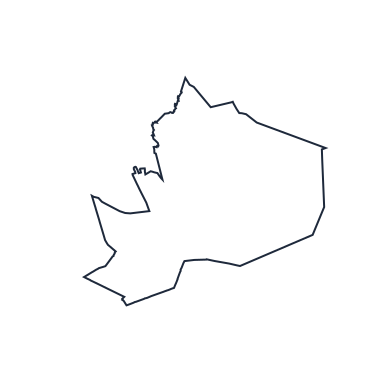 Tlalnepantla, Morelos, Mexico, rotated 148°
{"feature_id": "50627088B24225931260184", "entity_name": "Tlalnepantla", "entity_type": "district", "adm_level": 2, "iso_a3": "MEX", "parent_name": "Mexico", "parent_adm1": "Morelos", "projection": "albers", "projection_center": [-98.964, 19.03], "detail": "fine", "context": "isolated", "style": "outline", "palette": "slate", "viewbox_px": 384, "rotation_deg": 148, "n_neighbors": 0, "source": "geoboundaries", "source_scale": "gbopen_adm2", "svg_char_len": 3783}
<svg xmlns="http://www.w3.org/2000/svg" viewBox="0 0 384 384"><g transform="rotate(148 192 192)"><path d="M198.4,111.6L192.7,105.9L190.5,103.8L112.4,91.7L110.3,93.2L87.9,109.2L78.4,125.9L64.8,149.8L59.3,159.3L55.4,158.5L100.3,216.6L104.9,229.3L108.0,232.4L110.1,233.9L110.2,238.8L109.9,245.1L109.6,246.9L111.1,247.2L131.2,254.0L134.8,280.2L137.2,284.2L137.2,292.3L147.0,284.0L148.2,283.0L148.2,282.2L147.9,282.0L148.0,281.8L149.0,281.5L150.0,281.2L152.1,280.0L152.5,280.1L152.9,280.6L153.0,280.5L153.4,280.4L153.9,279.8L154.0,279.4L154.2,279.1L153.6,278.8L153.8,278.3L154.6,278.4L155.0,276.4L155.8,276.8L157.9,274.9L158.1,274.7L158.4,274.5L159.5,275.6L159.7,275.8L160.1,275.5L160.2,275.2L160.3,274.7L159.8,274.5L159.3,274.0L159.5,273.7L161.1,273.8L161.3,271.5L161.8,271.6L162.9,270.9L164.0,270.8L164.3,269.9L164.6,270.0L164.9,269.7L165.2,269.7L165.3,269.4L165.7,269.3L166.2,269.4L166.4,269.2L167.0,269.6L167.1,270.0L167.4,270.3L167.6,270.7L167.8,271.0L168.2,271.3L169.0,271.3L170.0,271.2L173.6,272.8L178.4,271.6L180.7,271.1L182.2,270.7L183.7,270.4L184.6,270.2L185.1,270.6L185.2,270.2L185.2,269.6L185.6,270.0L186.0,271.2L186.4,271.2L186.6,270.9L186.7,270.6L187.0,270.8L188.5,270.8L188.7,271.3L189.1,271.0L189.3,270.6L189.6,270.2L189.6,269.8L190.1,269.8L190.6,269.9L190.8,269.0L190.8,268.5L190.9,268.3L190.9,267.4L191.1,266.7L191.5,266.1L191.4,264.8L191.9,264.7L193.8,263.1L193.9,261.7L194.2,260.1L195.0,260.8L195.6,261.3L196.0,261.2L195.9,261.0L195.7,260.4L195.9,259.4L196.3,258.3L196.5,257.2L196.1,256.2L195.7,254.6L195.3,253.0L195.0,251.7L195.8,249.1L196.6,248.6L197.3,249.5L198.2,248.7L199.3,249.9L199.9,250.2L200.4,250.4L200.7,250.5L201.1,249.1L201.4,248.2L201.9,247.3L202.7,246.0L203.2,245.0L202.3,243.7L210.5,218.2L210.8,219.7L211.1,222.1L211.3,226.4L213.5,228.6L214.1,229.3L214.5,229.8L215.0,230.4L216.1,231.5L217.0,231.5L218.1,231.5L219.0,231.5L222.2,231.6L221.1,234.4L220.8,234.9L220.1,235.9L219.6,237.1L221.4,238.1L223.5,239.2L224.2,238.7L224.5,237.2L224.9,236.0L225.0,235.6L226.2,235.9L226.4,236.0L227.2,236.2L226.7,239.0L226.5,239.8L226.5,241.4L226.3,242.8L226.7,243.4L227.7,243.6L228.6,243.3L229.3,242.0L229.5,239.2L230.0,238.0L232.9,238.8L233.3,238.0L234.0,231.9L234.5,227.6L234.6,226.2L234.9,223.7L235.0,222.9L235.0,222.7L235.2,221.0L235.3,219.4L235.4,218.8L236.4,207.2L238.3,198.4L255.7,206.6L259.8,209.6L263.5,214.1L271.7,228.1L273.6,231.5L274.5,236.5L277.9,240.0L278.9,241.8L281.1,233.8L281.4,232.7L282.1,230.0L282.6,228.4L285.6,217.3L286.0,216.0L286.4,214.6L290.2,200.8L291.2,197.3L291.3,194.2L291.3,191.8L288.2,182.0L288.6,181.9L289.3,181.8L289.5,181.7L290.1,180.9L290.3,180.8L290.7,180.6L291.1,180.4L291.5,180.3L291.7,180.1L292.1,179.7L292.5,179.3L292.9,179.4L293.3,179.4L293.6,179.4L295.0,178.8L303.4,175.5L303.8,175.4L304.7,175.0L306.7,175.5L307.1,175.6L308.5,176.0L310.3,176.5L311.5,176.8L312.4,176.7L314.5,176.9L316.3,176.9L318.1,176.9L319.5,177.0L320.0,177.0L320.3,177.0L320.5,177.0L321.2,177.0L321.4,177.0L321.5,177.0L322.4,177.0L328.6,177.1L326.7,173.9L325.0,171.3L324.9,170.8L320.2,163.4L314.3,153.9L305.0,139.0L307.7,138.4L307.7,137.7L307.9,137.6L308.3,137.5L307.6,135.9L307.6,130.6L306.4,130.3L304.0,129.8L300.3,129.1L298.8,129.0L297.8,128.6L290.3,127.0L289.4,126.8L288.5,126.8L288.4,126.8L287.5,126.4L286.7,126.2L286.2,126.0L281.7,125.3L275.4,123.9L272.2,123.2L269.1,122.5L268.5,122.4L267.5,122.2L266.5,122.0L265.9,121.8L265.5,121.8L264.2,121.4L262.6,121.1L261.2,120.9L260.5,120.8L260.2,120.7L259.8,120.6L259.6,120.6L259.1,120.5L258.7,120.3L258.4,120.2L258.1,120.2L255.3,122.2L254.9,122.5L254.5,122.7L254.2,122.9L250.5,125.6L250.5,125.8L246.7,128.8L244.6,130.4L243.4,131.1L242.8,132.2L240.9,133.3L239.3,134.5L237.0,136.2L235.0,137.4L226.1,133.2L215.7,127.1L215.3,127.2L209.4,121.5L198.4,111.6Z" fill="none" stroke="#1e293b" stroke-width="2"/></g></svg>